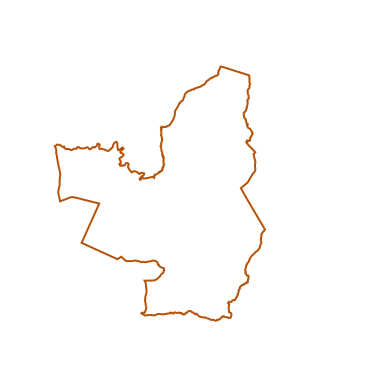 Kitwe, Copperbelt, Zambia, rotated 321°
{"feature_id": "96606910B1018737914833", "entity_name": "Kitwe", "entity_type": "district", "adm_level": 2, "iso_a3": "ZMB", "parent_name": "Zambia", "parent_adm1": "Copperbelt", "projection": "mercator", "projection_center": [28.274, -12.828], "detail": "fine", "context": "isolated", "style": "outline", "palette": "amber", "viewbox_px": 384, "rotation_deg": 321, "n_neighbors": 0, "source": "geoboundaries", "source_scale": "gbopen_adm2", "svg_char_len": 6070}
<svg xmlns="http://www.w3.org/2000/svg" viewBox="0 0 384 384"><g transform="rotate(321 192 192)"><path d="M76.4,253.6L76.4,255.3L77.1,256.3L77.6,258.0L78.2,258.9L80.5,259.9L85.4,264.4L86.0,264.4L89.1,265.5L92.8,269.1L98.1,272.0L99.2,272.1L99.2,272.8L100.3,273.1L100.8,274.7L102.9,274.6L103.6,276.0L104.4,276.8L106.2,277.6L106.5,278.7L107.2,278.9L107.8,279.9L107.5,280.4L108.2,281.3L108.2,281.9L109.7,282.6L111.2,282.1L112.4,282.6L114.1,282.3L115.6,283.2L115.9,284.0L116.3,284.4L116.3,285.4L116.9,286.1L117.7,289.2L118.2,289.5L118.8,289.3L119.1,289.7L118.8,290.4L119.4,293.4L122.0,296.8L123.5,298.0L124.5,300.0L125.2,300.8L125.9,302.8L127.3,304.2L128.2,304.7L129.1,306.6L130.1,307.4L130.7,307.4L131.2,307.1L132.1,307.9L133.3,308.4L135.3,307.9L136.6,308.2L137.1,307.9L137.4,307.9L137.8,308.4L138.3,308.3L139.1,310.0L140.8,311.7L141.0,312.8L142.8,314.0L144.1,313.3L145.7,312.0L146.1,310.3L145.2,309.0L145.3,308.4L146.7,306.7L147.3,305.2L149.6,303.4L150.0,302.5L150.1,301.0L150.8,300.7L151.8,300.6L151.9,301.4L152.6,301.9L154.1,302.1L154.8,301.7L156.4,302.1L156.9,302.9L157.5,302.9L160.1,301.9L160.8,301.9L161.7,301.1L162.8,300.8L163.3,300.2L165.1,299.2L166.8,297.5L168.0,297.4L169.3,296.1L172.4,295.8L172.9,296.2L173.9,296.3L174.1,296.6L175.1,296.3L175.7,296.8L177.4,296.6L177.7,297.2L178.6,297.3L179.3,296.2L180.1,295.8L180.5,295.2L181.2,295.0L181.3,294.6L182.0,294.3L182.2,293.7L183.0,293.1L183.1,292.3L182.2,291.6L182.1,291.3L182.5,289.3L182.4,288.4L183.4,288.1L183.9,287.0L183.9,286.2L185.7,285.1L187.1,283.7L187.9,283.5L188.4,283.0L189.5,282.7L190.1,282.2L192.2,281.9L194.9,280.2L198.5,279.1L201.1,279.1L203.2,278.7L206.6,278.8L208.7,278.3L210.3,277.4L211.5,276.4L214.0,275.1L215.0,273.0L216.2,271.6L216.9,271.3L219.0,268.8L221.4,267.8L225.1,267.2L230.4,231.4L232.4,219.8L241.3,219.6L249.6,216.5L253.9,215.5L255.1,214.8L257.2,211.5L260.3,208.4L262.7,203.1L263.9,201.1L266.0,201.1L266.2,199.5L265.4,191.5L265.4,188.3L265.8,187.1L266.9,186.7L266.9,187.8L268.1,187.5L269.1,188.6L269.6,188.3L269.6,187.8L270.8,187.2L271.1,186.7L271.8,186.8L272.7,186.0L274.4,185.6L275.0,185.1L275.7,185.0L276.0,184.0L276.5,183.7L276.2,182.9L276.7,182.3L276.9,179.3L276.3,178.5L276.0,177.7L276.5,174.8L276.8,174.5L277.8,174.8L278.0,174.5L277.8,172.5L279.2,170.0L279.2,169.1L279.7,168.7L279.5,166.7L281.1,164.1L282.4,162.9L283.1,163.1L284.3,162.7L285.3,162.6L286.2,161.7L287.2,161.5L287.5,160.8L288.3,160.4L291.3,157.9L291.5,157.2L292.5,156.3L293.0,155.4L295.0,155.0L296.9,151.9L297.6,149.9L298.6,149.0L299.0,148.2L299.6,147.8L302.2,147.2L303.2,146.2L303.5,145.5L305.3,144.4L305.5,143.2L308.0,140.2L308.5,139.0L309.3,138.4L309.8,137.3L295.6,115.7L293.2,112.5L290.0,114.2L288.9,114.5L288.4,115.2L287.0,116.1L286.9,116.9L285.9,117.3L284.4,117.2L283.0,116.3L280.9,116.3L280.2,115.8L279.0,115.8L277.8,115.2L275.3,115.4L274.8,115.2L272.5,115.2L271.4,115.8L268.4,116.2L266.8,115.4L265.4,115.6L260.7,113.8L258.9,113.3L258.0,113.4L256.6,112.3L254.6,112.2L253.0,111.4L251.7,111.1L250.0,111.2L247.9,111.6L246.1,113.1L244.9,113.5L242.9,114.9L239.0,114.9L238.6,115.3L237.7,115.2L234.6,116.8L230.2,118.2L228.5,119.7L227.7,120.8L224.0,123.5L216.9,126.0L216.6,125.7L215.5,125.7L215.0,125.4L214.4,125.5L214.0,125.1L212.6,125.0L210.2,123.2L210.0,122.6L209.5,122.2L208.3,122.3L207.8,123.0L208.1,123.6L207.6,123.9L207.6,124.3L206.8,124.6L205.6,126.6L203.5,128.6L203.5,129.8L202.3,131.3L202.3,131.8L200.5,133.7L198.8,134.5L198.2,135.6L197.3,136.4L196.7,136.3L196.3,136.8L195.9,138.1L194.0,141.2L193.7,142.5L192.7,144.0L192.7,144.8L192.5,145.1L191.9,144.8L191.7,145.2L192.0,146.8L191.7,146.9L191.5,147.5L191.1,147.2L190.9,147.5L190.8,148.4L189.6,149.9L189.1,150.1L188.8,150.9L187.5,152.2L187.7,153.1L187.3,153.4L184.9,154.3L184.8,154.9L183.6,155.1L183.3,155.5L183.3,155.9L182.6,155.9L182.0,156.6L180.8,156.0L180.1,156.3L179.7,156.0L179.4,156.2L179.2,155.9L178.8,156.1L178.6,155.8L178.0,156.1L175.4,155.9L174.6,155.7L174.2,155.1L173.7,155.1L173.2,155.3L172.9,156.1L172.1,156.4L171.4,157.1L170.9,155.4L164.8,152.5L164.3,151.9L163.3,151.5L162.8,150.6L161.6,149.6L160.3,150.2L159.3,149.7L159.5,148.9L161.0,148.4L162.5,148.2L164.3,148.6L165.7,148.2L166.5,147.6L166.5,147.3L165.8,146.3L164.1,144.9L162.4,145.0L161.8,141.8L160.5,139.7L159.1,139.0L157.5,138.9L157.3,138.5L157.6,133.6L158.6,131.6L160.3,130.6L160.4,129.5L160.2,129.0L159.3,128.3L158.6,128.1L157.0,128.7L155.9,128.7L155.4,128.1L154.8,128.0L154.7,127.6L153.2,126.9L152.7,126.2L153.0,125.8L153.1,124.6L153.7,124.5L154.3,125.0L155.1,124.5L155.4,123.6L156.1,123.0L156.1,121.8L156.6,120.3L157.5,120.2L160.7,120.7L162.4,120.0L162.1,117.8L161.2,116.8L161.2,116.4L161.8,115.4L163.4,115.2L165.2,115.4L166.2,115.1L166.3,114.5L166.1,113.8L165.7,113.6L163.5,113.6L161.0,113.1L161.2,111.9L164.7,107.0L164.9,105.6L164.5,105.2L162.3,105.0L160.5,105.8L158.2,107.4L156.9,107.3L155.9,107.6L155.3,107.3L153.6,107.7L152.9,107.5L152.5,106.8L151.6,106.2L150.7,103.9L149.1,101.7L147.4,100.5L147.4,99.8L148.0,98.7L148.5,98.2L149.6,97.7L150.1,96.9L149.4,95.3L148.9,95.0L147.3,96.1L144.8,96.2L144.2,96.0L143.6,94.9L143.2,94.7L139.9,94.8L139.1,93.8L139.2,92.4L138.7,91.2L136.5,90.6L134.2,89.2L133.1,88.1L131.7,85.2L130.8,85.2L129.8,85.7L127.6,84.2L125.7,83.9L124.4,83.4L123.3,81.1L121.1,79.3L120.5,77.0L120.5,76.6L120.9,76.7L121.1,76.2L119.7,75.3L118.9,72.2L117.0,70.3L114.9,70.3L114.2,70.0L113.5,72.9L112.9,74.0L111.4,75.7L106.2,84.9L101.1,95.0L97.2,98.8L93.3,103.5L88.0,107.8L83.6,116.2L94.4,119.8L95.9,120.7L97.7,122.7L112.6,142.6L74.2,162.1L91.8,197.3L96.3,197.8L97.1,203.5L97.5,204.2L99.5,205.9L100.0,206.6L105.2,209.9L106.3,211.5L107.4,212.6L108.3,214.6L110.6,215.8L111.3,216.9L112.4,217.8L114.7,218.7L116.1,219.8L116.6,219.8L118.7,220.8L119.8,222.0L120.8,224.1L120.3,226.6L119.8,227.3L120.3,227.9L120.0,228.7L120.3,230.6L122.2,233.8L121.0,235.3L120.2,235.5L119.6,236.3L118.2,236.7L115.7,236.7L113.2,237.6L108.9,237.5L107.1,236.9L105.0,235.5L99.4,231.1L98.9,233.2L95.7,238.4L93.7,241.2L89.5,244.3L86.8,247.3L85.9,249.4L84.7,250.9L84.1,252.8L82.2,254.5L80.0,255.4L79.4,256.0L78.7,255.7L77.4,254.5L76.9,254.6L76.4,253.6Z" fill="none" stroke="#b45309" stroke-width="2"/></g></svg>